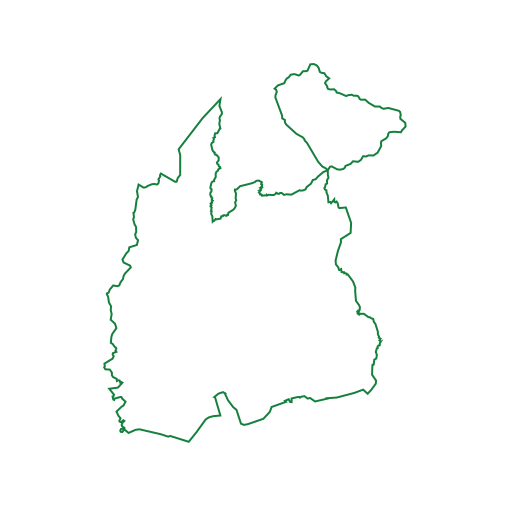 outline of Lahat, Sumatera Selatan, Indonesia, rotated 162°
{"feature_id": "22746128B84107388414918", "entity_name": "Lahat", "entity_type": "district", "adm_level": 2, "iso_a3": "IDN", "parent_name": "Indonesia", "parent_adm1": "Sumatera Selatan", "projection": "albers", "projection_center": [103.338, -3.877], "detail": "fine", "context": "isolated", "style": "outline", "palette": "green", "viewbox_px": 512, "rotation_deg": 162, "n_neighbors": 0, "source": "geoboundaries", "source_scale": "gbopen_adm2", "svg_char_len": 6136}
<svg xmlns="http://www.w3.org/2000/svg" viewBox="0 0 512 512"><g transform="rotate(162 256 256)"><path d="M161.2,315.3L165.9,315.1L172.5,312.4L175.5,310.6L178.5,310.7L181.4,307.8L186.6,305.9L188.2,304.1L190.8,303.8L193.4,304.4L194.4,305.1L203.4,303.4L207.7,305.2L210.5,305.5L212.1,308.0L213.6,308.5L214.7,308.0L215.6,308.2L217.2,309.9L218.2,309.0L220.5,308.5L225.1,310.3L226.8,310.1L227.0,311.0L227.6,310.6L231.6,311.5L231.5,312.2L233.0,313.2L232.5,313.7L233.6,315.4L232.3,316.4L232.7,317.1L231.3,317.0L231.4,317.6L230.3,318.2L231.0,319.4L229.0,319.5L229.2,320.2L228.8,320.2L228.1,321.9L228.3,322.3L229.2,321.8L228.7,322.1L229.0,322.7L227.6,324.3L230.1,326.9L232.5,327.4L234.4,326.6L238.1,326.5L249.5,327.3L253.9,325.2L255.5,325.7L256.0,324.7L255.7,321.7L257.6,316.9L257.6,315.1L259.3,313.5L259.6,310.0L261.7,307.9L263.4,307.0L268.8,305.7L269.9,303.8L270.6,304.2L271.6,303.3L273.5,304.6L274.7,304.8L275.3,304.1L276.7,304.5L278.2,302.5L282.5,303.1L283.0,303.7L284.7,302.4L285.3,302.6L286.6,302.0L285.3,307.1L285.6,310.1L284.5,311.8L285.0,312.6L284.1,313.4L284.2,314.2L283.2,315.8L283.9,317.0L282.8,317.8L283.3,318.5L282.5,319.1L282.8,320.0L281.3,320.2L281.4,321.1L280.0,322.0L280.8,323.1L279.7,324.5L280.5,325.6L280.0,326.5L280.6,327.2L280.5,328.8L279.7,330.4L278.6,331.0L277.6,333.1L278.4,334.3L278.1,335.5L275.9,339.2L274.5,340.2L272.7,340.1L272.4,341.3L269.9,343.5L268.9,346.8L267.5,348.4L266.0,348.8L265.1,350.1L262.7,350.5L262.6,351.7L263.6,352.6L263.5,354.6L264.3,355.4L264.3,357.0L262.0,358.4L261.0,361.3L262.4,364.6L263.4,364.9L263.8,366.5L263.3,367.1L264.4,368.7L264.7,370.5L264.2,375.9L263.2,377.1L261.2,377.6L261.1,378.7L259.9,380.2L260.0,381.5L258.3,381.7L258.2,383.4L256.9,385.3L254.8,384.7L251.2,388.2L250.5,388.2L250.1,393.0L248.4,396.1L248.2,398.2L247.4,399.5L244.7,401.5L244.0,403.1L244.4,410.1L241.3,416.2L264.2,403.6L296.6,381.4L296.9,375.4L303.1,356.4L306.2,354.5L308.5,351.2L309.9,351.5L321.0,363.8L322.3,362.6L322.4,361.3L325.1,359.1L324.9,357.8L326.2,355.5L327.9,354.5L330.6,356.0L333.0,356.4L337.4,356.1L339.6,355.4L341.8,355.8L345.6,360.2L349.2,354.3L350.0,348.6L352.1,346.5L356.5,337.3L358.4,335.0L359.2,334.9L360.0,330.8L361.5,328.8L361.7,323.6L361.1,320.6L362.5,315.9L364.3,313.8L364.6,310.5L363.3,307.5L365.9,303.3L373.8,303.4L375.5,300.2L378.7,298.5L384.1,293.9L383.9,290.7L378.7,285.7L378.6,283.8L385.9,279.9L388.0,278.0L389.8,275.0L392.6,273.2L395.2,270.3L397.2,270.1L400.9,272.1L405.5,269.2L407.5,266.7L409.3,266.5L409.7,265.9L409.2,263.2L410.2,257.3L409.4,252.9L410.9,249.4L411.2,245.4L413.9,240.3L411.0,235.2L411.1,230.5L416.6,226.4L418.3,224.2L420.9,218.3L419.5,216.6L418.2,212.7L417.6,212.3L417.5,210.9L418.9,209.4L418.4,208.0L422.1,207.8L422.8,206.5L422.3,204.7L424.1,202.7L433.4,200.5L433.9,197.8L434.8,197.0L434.3,194.8L430.1,193.1L429.1,189.5L429.9,187.3L429.4,185.1L426.5,182.3L426.9,180.1L425.4,180.3L424.2,179.8L424.2,177.3L423.0,177.8L422.2,176.8L428.0,173.5L436.6,175.1L433.9,168.0L434.9,166.7L435.8,166.7L436.1,163.6L435.4,163.0L434.8,164.1L428.2,163.8L427.4,163.1L427.4,161.8L425.1,157.8L428.4,154.6L430.2,154.3L436.8,151.1L436.2,146.5L435.0,143.6L436.9,141.5L436.9,140.6L435.6,139.6L432.9,140.8L432.2,139.8L434.4,138.8L436.0,136.8L436.0,135.5L434.2,133.1L434.4,132.7L437.8,133.2L439.1,131.8L439.0,130.6L437.5,129.9L435.6,131.3L434.5,131.4L431.9,127.1L424.3,127.9L420.4,127.2L401.6,115.9L395.3,111.3L393.3,111.4L377.4,100.1L367.2,106.7L354.4,116.1L350.6,117.1L346.3,116.9L339.2,115.3L338.6,134.5L339.1,134.8L334.2,136.7L329.4,136.7L327.5,134.6L328.0,134.1L327.2,127.5L324.4,119.3L322.1,115.7L322.1,101.2L319.7,99.1L315.9,98.6L299.3,98.9L291.0,103.5L287.8,107.6L272.6,108.0L273.2,109.3L269.2,109.7L268.7,106.7L267.3,106.0L266.2,109.5L260.2,109.0L258.4,108.6L258.0,107.7L256.2,108.2L253.2,107.7L250.9,104.4L248.5,104.3L244.8,99.4L232.2,98.3L232.4,98.8L222.8,96.4L204.7,95.4L195.4,95.8L192.4,90.5L187.7,93.1L181.6,97.5L180.3,100.4L182.3,107.2L179.2,115.8L178.8,116.5L177.7,116.3L175.5,120.9L173.3,121.3L171.6,124.6L171.7,127.8L169.7,130.7L168.7,130.8L168.6,131.9L167.5,133.0L165.9,132.8L165.2,134.8L164.0,135.8L164.6,135.7L163.8,136.1L164.7,137.6L163.1,138.9L164.5,140.4L163.9,141.4L164.3,143.8L163.5,146.2L163.4,154.7L164.3,156.9L164.0,160.0L165.4,160.9L166.7,162.6L167.9,163.0L171.3,167.7L174.6,168.8L176.0,168.3L176.7,169.3L175.8,169.4L176.9,170.8L176.9,171.7L175.4,171.4L175.5,172.5L174.2,172.5L173.0,175.2L173.1,177.2L174.8,182.5L172.3,192.8L171.3,195.1L171.6,201.8L174.4,210.1L175.5,210.3L175.3,211.2L176.2,212.0L177.5,212.3L177.3,213.4L179.6,214.2L179.1,217.2L180.9,216.8L181.4,217.3L181.2,219.7L182.6,223.3L181.7,227.1L176.5,235.5L171.0,242.7L170.1,245.8L158.9,248.7L155.3,258.1L155.6,274.4L161.9,275.8L162.5,276.6L162.0,280.9L162.5,282.9L164.1,282.5L164.8,283.4L164.1,285.7L168.3,283.0L168.7,284.4L170.5,284.7L169.1,290.9L169.3,294.9L168.7,296.6L169.9,298.0L170.0,299.5L169.0,300.2L167.6,302.7L166.0,303.0L165.1,306.1L162.9,308.0L162.6,311.0L161.2,315.3ZM186.6,409.4L185.5,408.0L185.5,405.7L187.8,402.8L188.6,400.8L187.8,381.5L188.5,378.7L186.5,376.5L187.2,374.1L186.6,371.6L179.8,359.7L174.8,354.3L173.9,352.1L174.0,350.7L172.6,348.1L167.8,326.5L165.3,320.7L162.4,317.6L161.2,315.3L158.1,318.0L156.3,317.8L152.0,313.3L149.3,312.1L146.1,311.8L144.1,312.6L143.1,314.0L137.6,314.4L134.4,316.1L129.7,314.0L126.5,315.0L123.2,317.8L120.5,316.6L117.8,316.9L113.2,315.3L108.4,316.7L102.9,321.9L102.4,324.5L101.4,326.4L95.8,327.7L93.6,329.2L92.5,331.3L91.0,332.5L86.6,331.6L79.9,328.9L78.4,330.3L73.7,332.9L72.9,336.6L76.3,341.8L75.7,344.2L74.8,345.1L74.4,348.3L75.2,349.9L84.4,355.9L89.3,356.6L91.1,358.2L92.0,359.9L96.7,361.4L101.5,366.8L103.8,370.9L108.0,372.3L108.8,373.3L109.4,376.2L110.2,377.1L113.6,378.3L115.1,379.8L119.0,380.5L120.7,380.2L126.6,385.4L128.8,386.5L128.8,388.1L130.3,390.5L133.3,391.2L135.7,392.4L136.2,394.1L135.8,395.2L136.9,399.1L135.6,400.5L131.5,402.3L133.7,405.3L134.5,408.7L137.1,410.0L138.4,411.4L138.3,415.6L139.2,418.3L141.7,420.7L145.1,421.5L149.7,416.4L150.8,416.2L154.2,417.2L158.5,414.5L159.6,414.5L163.2,417.1L167.0,417.7L169.8,415.7L171.5,415.5L173.5,414.1L175.7,411.6L182.4,411.5L186.6,409.4Z" fill="none" stroke="#15803d" stroke-width="2"/></g></svg>